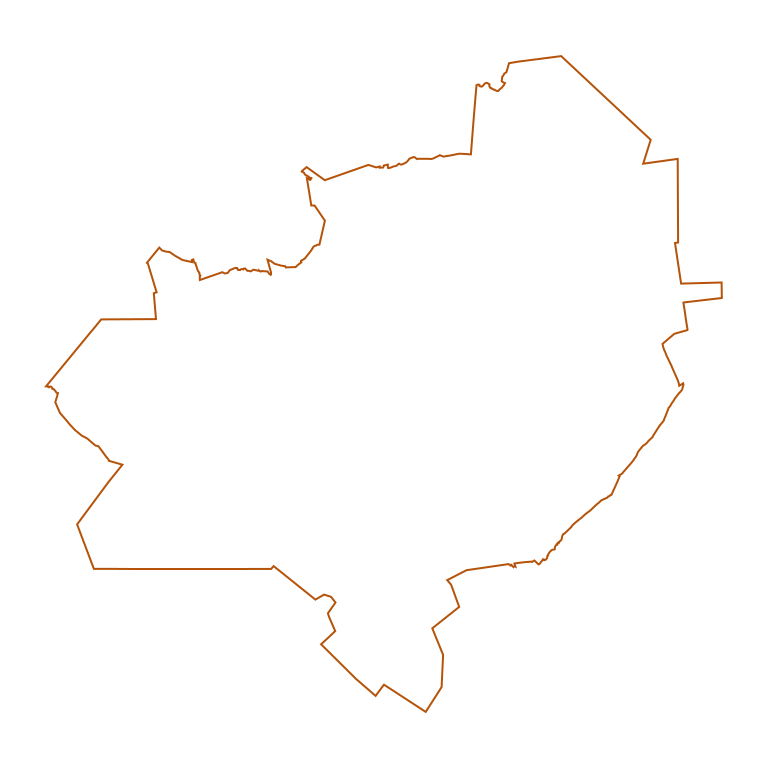 outline of Mexquitic de Carmona, San Luis Potosí, Mexico
{"feature_id": "50627088B50616747627760", "entity_name": "Mexquitic de Carmona", "entity_type": "district", "adm_level": 2, "iso_a3": "MEX", "parent_name": "Mexico", "parent_adm1": "San Luis Potosí", "projection": "orthographic", "projection_center": [-101.135, 22.255], "detail": "fine", "context": "isolated", "style": "outline", "palette": "amber", "viewbox_px": 768, "rotation_deg": 0, "n_neighbors": 0, "source": "geoboundaries", "source_scale": "gbopen_adm2", "svg_char_len": 5904}
<svg xmlns="http://www.w3.org/2000/svg" viewBox="0 0 768 768"><path d="M425.7,711.9L441.6,687.1L443.1,654.9L432.3,628.3L459.2,606.9L451.1,584.7L447.2,580.1L466.5,570.2L508.5,564.1L509.1,564.6L510.0,564.7L510.4,565.6L511.6,565.5L511.7,565.2L513.5,567.1L513.7,566.8L514.8,566.3L515.4,566.6L514.4,563.5L515.9,563.3L516.7,563.1L523.5,562.3L531.3,561.6L531.9,562.0L534.4,560.5L538.5,564.4L539.7,563.8L543.1,559.2L543.7,559.3L543.9,559.7L544.0,560.2L544.4,560.2L544.7,559.9L545.2,559.9L545.7,559.7L546.9,558.4L547.1,557.9L547.3,556.7L547.3,556.0L547.4,555.8L547.6,555.6L547.9,555.6L548.1,555.5L548.1,554.7L548.3,554.2L549.3,552.6L549.8,551.9L550.2,551.5L551.6,550.1L552.1,549.9L552.6,549.7L553.7,549.6L554.5,549.5L554.8,549.2L554.9,547.3L555.2,546.4L555.5,545.9L555.9,545.5L556.3,545.3L557.2,544.7L556.7,544.2L557.8,542.9L558.4,542.4L558.9,542.8L559.7,541.4L559.9,541.2L560.7,540.6L561.4,539.7L561.6,539.3L561.7,538.8L562.1,536.8L562.1,536.4L562.7,535.1L563.1,534.3L563.5,533.9L563.9,533.8L564.3,533.7L564.9,533.1L565.6,532.6L566.2,531.9L566.9,531.3L571.4,526.9L572.2,525.5L574.9,523.0L579.5,519.2L580.2,518.7L581.3,517.9L585.1,514.4L587.4,512.6L589.5,511.1L591.3,509.5L595.5,505.5L596.0,505.0L599.3,502.3L600.0,501.6L600.7,500.9L601.2,500.4L603.4,499.4L604.0,499.1L606.3,498.1L607.5,497.5L608.1,496.5L608.5,496.4L609.0,496.3L609.6,496.0L610.0,495.4L610.8,494.9L611.5,494.8L613.4,490.5L617.3,481.9L618.5,479.1L619.6,476.3L618.7,475.6L619.5,475.1L620.4,474.7L621.4,474.0L622.1,473.6L623.2,472.2L627.8,466.9L630.1,464.3L631.5,462.7L632.1,461.9L633.3,460.4L634.2,459.0L635.1,457.7L635.7,457.0L636.3,456.0L637.0,454.5L637.7,452.6L638.1,451.8L642.3,446.5L642.9,445.9L644.0,445.1L644.9,444.6L646.4,443.4L647.2,442.5L648.5,440.9L650.0,439.5L651.8,437.8L652.7,436.8L653.3,435.5L657.3,429.2L660.2,424.8L660.6,424.5L661.1,423.9L662.8,421.8L663.6,420.9L664.0,419.7L664.1,419.4L664.7,417.9L665.0,417.1L665.4,416.4L666.8,412.7L667.1,411.7L667.6,410.8L668.5,408.1L668.8,407.6L669.6,406.9L670.1,406.2L671.7,403.4L673.6,400.7L675.2,398.0L676.6,396.3L677.3,395.4L679.0,393.2L680.9,391.3L682.3,389.2L682.5,387.9L682.9,386.6L683.2,385.5L683.5,384.5L683.1,383.3L679.3,385.8L678.8,383.4L677.9,380.5L672.0,367.2L671.9,366.8L671.7,366.2L670.2,363.2L666.3,355.1L665.4,352.5L664.4,350.5L664.0,349.4L663.4,347.8L662.5,343.9L674.3,333.8L687.4,330.1L687.5,329.8L687.3,328.1L686.2,321.4L686.0,319.7L685.6,317.3L684.8,311.4L683.4,302.8L683.4,302.6L684.0,302.4L721.7,298.0L721.8,298.0L721.9,297.8L721.8,297.6L721.6,282.5L681.1,283.6L675.0,243.0L678.1,242.5L677.7,158.9L643.2,163.7L650.7,139.8L561.2,56.1L518.4,61.6L509.0,63.2L506.5,72.1L504.1,73.8L503.3,75.7L502.3,76.6L501.7,81.1L502.6,82.0L504.3,82.8L505.0,83.1L503.3,86.0L502.8,86.3L501.8,87.7L499.4,89.6L498.5,90.8L497.9,91.0L496.9,90.9L495.4,90.3L494.8,89.9L494.3,89.9L492.4,88.8L492.2,88.9L491.1,88.0L490.6,88.1L490.2,87.7L489.4,86.2L489.4,85.8L489.3,85.2L489.4,84.5L489.4,84.2L487.0,82.9L486.6,82.9L485.5,83.2L484.8,83.6L484.1,84.3L483.3,85.3L481.9,86.6L481.2,86.6L479.5,86.0L479.4,84.8L478.5,84.6L477.8,84.6L476.5,85.2L475.4,98.1L474.8,105.1L473.5,121.0L470.9,154.4L465.5,154.0L459.3,153.7L449.2,155.7L443.3,156.6L439.9,155.2L439.6,155.4L432.9,158.6L431.0,159.0L428.1,158.8L417.7,158.8L417.0,159.1L415.1,157.6L414.5,157.1L413.5,157.1L413.0,157.2L412.4,157.5L411.2,157.9L411.0,158.1L410.3,158.3L409.3,158.8L409.1,159.1L408.4,160.1L406.7,162.0L405.2,163.0L404.3,163.4L402.2,164.4L401.2,164.6L400.4,164.4L399.6,164.0L399.2,163.7L398.3,164.0L397.6,164.9L396.8,165.5L395.9,166.0L393.6,166.4L390.4,167.7L389.5,167.9L388.0,168.0L387.9,167.8L387.9,166.0L387.8,164.6L383.9,165.5L383.2,167.5L379.7,167.7L379.7,166.5L376.1,167.4L368.4,164.9L324.8,180.2L306.6,167.1L301.8,171.2L301.7,171.4L302.0,171.8L302.9,172.0L304.3,173.1L304.7,174.2L305.3,174.8L308.6,176.6L309.3,177.5L309.7,177.9L310.5,177.8L311.4,178.0L311.3,178.5L310.2,179.9L306.9,178.2L311.3,205.5L314.6,205.5L324.9,220.7L319.4,244.7L317.6,244.7L316.8,245.0L316.5,245.2L316.2,245.5L314.4,246.0L313.3,247.0L311.3,250.3L308.6,253.8L306.4,256.5L305.5,257.7L305.2,258.0L304.8,258.6L301.0,260.8L300.9,261.3L301.4,262.3L298.0,264.8L295.6,267.1L285.7,267.4L285.1,266.2L281.0,265.6L276.1,264.2L274.8,263.9L271.1,261.2L267.5,259.7L271.0,272.4L271.0,274.6L270.6,274.8L268.9,273.4L267.6,271.5L267.0,271.4L261.4,271.1L261.1,271.4L260.9,271.5L260.5,271.5L259.9,271.2L259.6,271.0L259.3,270.7L259.3,270.9L257.7,270.6L254.8,270.0L253.8,269.7L253.5,269.7L251.7,270.7L251.2,271.1L250.7,271.4L249.2,270.9L248.5,270.9L247.5,270.9L245.0,268.4L244.3,268.6L243.9,268.6L243.3,269.4L242.1,269.0L240.9,269.3L240.5,269.8L240.0,270.1L238.0,269.9L237.4,268.9L237.5,268.6L237.2,268.1L235.3,267.9L229.9,270.1L229.1,271.1L227.8,272.9L224.8,273.5L222.3,272.2L199.9,280.0L199.7,276.7L200.4,275.8L200.3,275.6L199.9,275.3L199.8,274.9L199.6,274.6L199.4,274.0L199.3,273.8L199.4,273.3L199.4,272.8L197.9,270.8L195.7,264.2L195.5,263.8L195.5,263.4L195.5,263.1L194.8,262.8L194.4,262.6L194.2,262.0L193.6,261.5L193.6,260.7L193.6,260.1L193.3,259.4L191.9,260.0L191.9,260.8L191.7,261.0L191.5,261.8L191.6,262.0L182.5,260.0L174.8,255.6L169.6,252.0L165.9,251.6L162.1,250.5L159.3,247.6L146.9,262.8L147.9,263.5L156.6,292.3L153.8,293.2L156.0,319.1L101.2,319.4L92.8,329.7L90.5,332.3L87.5,336.0L46.1,386.3L47.0,386.3L47.9,386.3L48.3,387.1L49.0,387.3L49.5,386.7L50.3,386.5L51.0,386.6L51.9,387.4L52.3,388.8L53.4,388.9L53.8,389.1L54.2,389.9L55.0,390.5L55.7,391.6L56.4,392.5L57.0,393.1L57.9,393.1L57.3,395.6L55.3,402.3L60.0,413.0L66.1,420.0L69.2,423.8L74.7,429.8L81.6,435.5L87.4,438.6L95.3,445.5L98.3,446.1L102.0,451.0L106.0,456.5L108.4,459.4L108.9,460.5L108.9,460.8L122.4,464.7L108.2,482.4L84.5,514.4L77.1,524.4L93.9,568.9L117.7,568.9L134.4,569.0L237.6,569.0L271.2,568.9L273.6,566.1L315.4,599.6L324.1,594.6L331.0,596.8L335.5,602.5L327.9,613.3L329.1,617.0L335.2,631.1L321.1,644.3L356.1,679.0L375.6,695.9L382.1,687.1L384.0,684.7L425.7,711.9Z" fill="none" stroke="#b45309" stroke-width="2"/></svg>